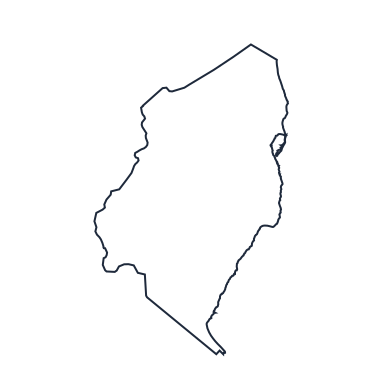 Al Madaribah Wa Al Aarah, Lahij, Yemen, rotated 280°
{"feature_id": "15242507B42929104515356", "entity_name": "Al Madaribah Wa Al Aarah", "entity_type": "district", "adm_level": 2, "iso_a3": "YEM", "parent_name": "Yemen", "parent_adm1": "Lahij", "projection": "albers", "projection_center": [43.959, 12.857], "detail": "fine", "context": "isolated", "style": "outline", "palette": "slate", "viewbox_px": 384, "rotation_deg": 280, "n_neighbors": 0, "source": "geoboundaries", "source_scale": "gbopen_adm2", "svg_char_len": 5967}
<svg xmlns="http://www.w3.org/2000/svg" viewBox="0 0 384 384"><g transform="rotate(280 192 192)"><path d="M37.7,250.9L38.5,250.8L39.1,251.0L39.3,251.2L39.1,251.5L39.2,252.3L39.4,252.5L40.6,252.1L44.2,247.5L46.7,243.9L49.0,240.9L51.2,238.4L53.8,235.7L56.7,233.3L60.4,230.9L63.9,229.5L64.7,229.3L65.6,229.4L67.1,230.1L67.8,230.6L69.6,231.2L70.0,231.4L70.1,231.7L70.7,232.1L71.0,232.6L70.9,233.3L70.7,233.6L70.9,233.4L71.1,232.6L71.1,233.0L71.2,232.6L71.5,232.5L73.0,232.6L73.5,232.9L74.4,233.3L75.4,234.3L76.0,234.4L76.5,234.4L76.8,235.0L77.1,235.9L77.2,235.6L76.5,234.4L77.4,234.1L78.0,234.1L78.7,234.2L78.9,234.5L79.4,234.6L79.7,234.8L80.6,234.9L81.5,235.2L82.0,235.6L82.5,235.7L82.8,236.0L83.4,236.9L83.8,237.1L84.3,237.3L85.0,237.2L85.7,237.4L88.1,236.9L91.6,237.7L92.0,238.0L94.2,237.7L95.6,238.0L96.0,238.2L96.2,238.6L96.8,238.9L96.8,239.2L97.3,239.4L97.3,239.6L97.9,240.2L98.7,240.4L100.2,241.1L102.2,241.6L103.2,241.5L104.2,241.8L105.0,241.8L105.4,241.9L106.0,241.9L106.5,242.0L107.3,242.5L107.8,242.4L108.5,242.6L109.2,242.8L109.6,243.3L111.5,243.5L112.2,243.8L112.7,244.3L114.6,244.8L115.2,245.5L116.4,246.1L116.6,246.8L116.9,246.9L117.0,247.3L117.7,247.6L118.3,247.6L118.8,247.7L119.2,248.2L119.1,248.5L120.4,248.3L121.6,248.4L122.5,248.9L122.5,249.1L122.7,249.3L122.7,249.7L123.0,249.8L123.8,249.9L126.3,249.0L129.2,248.7L129.9,249.2L131.0,249.2L131.5,249.5L132.5,249.6L132.7,249.9L133.1,250.0L134.5,251.3L137.0,252.5L137.6,253.1L138.5,253.5L138.6,253.8L140.2,254.1L140.5,254.2L140.6,254.5L141.4,255.0L142.6,255.2L143.1,255.5L144.1,255.9L145.1,256.9L145.1,257.1L145.4,257.8L145.7,257.8L146.5,258.3L147.8,258.5L148.0,258.8L149.0,259.6L149.1,260.0L149.4,260.2L150.0,260.2L151.8,260.0L154.0,260.6L154.6,261.2L155.1,261.5L155.6,261.3L156.9,261.1L157.7,261.4L159.3,261.6L159.9,261.8L160.3,262.2L160.8,262.3L161.1,262.7L161.6,263.2L163.1,263.6L164.2,263.7L164.6,263.9L165.3,264.0L166.4,264.7L166.8,264.7L166.9,264.9L167.3,265.0L167.7,265.3L168.2,265.2L168.7,265.3L169.3,265.6L170.4,266.7L170.7,267.2L171.1,267.8L171.6,269.5L171.9,272.1L171.8,274.4L171.6,276.6L171.6,277.8L172.0,278.4L172.6,278.9L175.5,280.9L175.5,281.2L175.7,281.3L177.5,281.7L177.9,281.6L178.4,281.8L179.7,281.8L180.0,282.0L180.7,282.1L182.1,283.0L183.3,282.7L184.9,282.0L185.3,282.0L185.7,282.3L186.6,282.5L187.1,282.9L187.7,282.6L188.6,282.6L189.1,282.4L189.6,282.6L190.3,282.7L191.0,282.3L191.4,282.3L193.7,280.9L196.2,279.6L197.0,279.6L198.5,279.8L199.4,280.3L200.0,279.9L200.9,279.7L202.8,280.4L204.0,280.1L205.1,279.5L206.0,279.3L207.0,279.4L207.3,279.6L208.8,279.2L210.1,279.4L210.3,279.5L212.2,278.6L213.8,278.8L214.1,279.0L214.3,279.2L215.0,279.5L215.5,279.8L216.5,279.5L216.9,279.2L218.8,278.2L219.9,277.5L220.2,277.5L221.1,277.0L221.8,276.9L222.3,277.0L222.7,276.7L222.9,276.4L223.1,276.3L223.2,276.0L223.4,275.7L223.7,275.6L224.0,275.6L223.9,275.5L224.3,275.2L224.8,275.0L225.2,274.7L226.3,274.3L227.0,274.7L229.2,273.5L229.6,273.4L230.7,273.7L231.1,273.6L231.3,273.3L232.2,273.1L232.5,272.7L232.9,272.9L232.9,272.6L233.2,272.6L233.7,271.9L234.1,271.5L234.6,271.6L235.0,270.9L235.2,270.7L235.8,270.6L235.9,270.9L236.4,270.7L236.6,270.4L236.6,270.1L237.1,269.9L237.2,269.7L238.1,269.1L238.8,268.4L239.5,268.0L239.9,268.0L240.2,267.7L240.8,267.2L241.4,267.1L241.7,266.8L242.6,265.5L243.6,265.2L243.8,264.9L244.3,264.7L245.3,264.2L246.1,264.1L246.8,264.3L247.3,263.9L248.0,263.7L248.4,263.4L248.9,263.3L250.6,262.4L250.8,262.4L250.6,262.0L251.4,261.3L251.8,261.2L252.4,261.5L252.7,262.0L253.6,262.1L256.2,263.3L257.2,263.5L258.1,264.0L259.1,264.0L259.7,264.6L260.1,264.7L261.5,264.7L261.9,264.8L262.4,266.2L263.0,266.6L263.6,266.8L264.0,267.2L264.3,268.2L264.4,269.3L264.3,271.6L264.1,272.8L263.5,273.8L262.6,274.2L262.2,274.1L260.9,274.3L260.2,274.1L259.6,274.3L259.4,274.2L259.0,274.3L258.3,274.6L257.2,274.8L254.3,273.1L253.5,272.0L253.4,271.6L253.0,272.4L252.2,272.7L251.6,272.3L251.1,271.6L250.2,272.3L249.9,272.3L249.6,272.1L248.4,270.0L248.0,269.5L247.9,269.9L246.9,269.2L246.1,269.2L245.5,269.0L244.8,268.4L243.8,268.2L243.4,268.4L243.0,268.7L242.8,268.5L242.5,268.6L242.2,269.3L242.6,269.7L243.6,269.8L245.3,271.0L246.2,271.4L248.2,272.8L250.8,273.1L253.7,274.0L256.0,274.9L257.1,275.1L259.1,274.6L259.5,274.5L261.0,274.4L262.6,274.6L262.8,274.4L263.2,274.3L263.7,274.4L263.7,274.7L264.1,275.0L263.9,275.0L264.2,275.2L264.8,274.4L265.9,273.5L266.4,273.1L267.1,272.9L270.1,271.1L271.4,270.4L272.1,270.4L273.0,269.9L274.4,269.3L275.7,269.0L277.1,269.0L279.5,269.3L280.0,269.5L280.7,270.2L280.8,270.5L281.4,270.8L282.6,271.1L282.9,271.1L284.7,271.8L284.8,271.9L286.2,272.2L286.9,272.1L287.4,271.7L288.4,271.1L292.0,270.2L293.0,270.1L294.3,270.3L295.9,271.1L296.5,270.7L297.5,270.7L297.8,270.3L298.2,270.0L298.7,269.6L298.8,269.7L299.7,268.9L300.8,268.4L301.1,268.1L302.8,267.0L303.6,266.7L304.2,266.7L305.4,265.9L305.8,265.8L306.8,265.2L307.8,264.9L309.4,263.5L311.8,262.4L316.8,259.7L319.3,258.1L320.5,257.7L322.4,256.6L324.6,255.8L328.0,254.9L331.7,253.6L335.1,252.7L336.9,252.6L347.5,224.4L332.2,209.2L316.1,192.3L297.4,170.8L293.4,166.4L287.6,155.0L287.4,152.2L290.3,148.7L289.2,145.0L268.4,128.6L268.1,128.8L266.2,127.2L261.8,128.8L259.7,130.0L258.2,131.9L256.1,133.0L251.8,130.7L249.4,130.8L247.3,131.9L241.9,136.9L239.5,136.6L237.2,137.2L233.0,139.7L230.5,139.8L228.4,138.8L226.6,137.1L225.4,135.0L223.8,133.0L222.2,131.3L220.6,129.3L218.2,129.2L216.3,130.6L215.9,133.0L213.7,133.9L211.5,132.8L209.6,131.3L207.4,130.4L205.3,130.1L200.2,129.1L192.9,125.5L182.0,119.9L178.6,112.3L175.2,112.4L169.7,109.1L164.5,107.8L161.5,108.9L159.1,107.0L154.8,101.4L146.2,101.0L140.7,104.0L136.4,103.7L133.5,105.8L131.4,108.7L129.5,110.5L126.3,112.6L123.0,114.3L122.4,114.3L121.4,114.9L121.5,116.2L117.6,118.9L115.0,118.9L112.7,118.2L111.5,116.5L104.7,116.8L99.9,120.0L98.9,121.6L99.9,129.8L101.6,131.5L106.0,133.0L109.0,137.7L109.9,142.0L109.6,147.4L103.0,152.7L102.6,159.9L82.0,164.8L80.5,166.0L36.5,244.1L40.6,246.7L37.7,250.9Z" fill="none" stroke="#1e293b" stroke-width="2"/></g></svg>